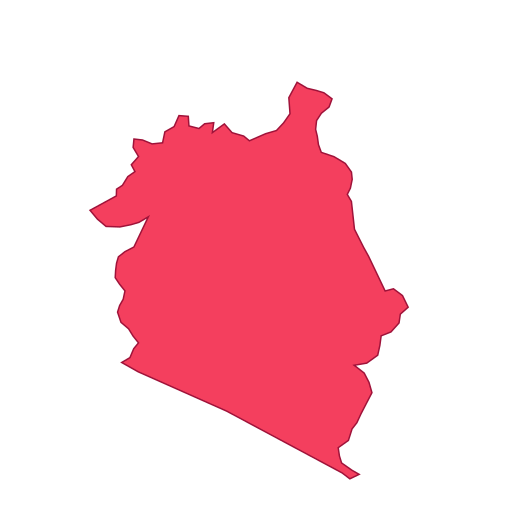 Sobradinho, Rio Grande do Sul, Brazil (Robinson projection), rotated 290°
{"feature_id": "56859067B99876923576431", "entity_name": "Sobradinho", "entity_type": "district", "adm_level": 2, "iso_a3": "BRA", "parent_name": "Brazil", "parent_adm1": "Rio Grande do Sul", "projection": "robinson", "projection_center": [-53.013, -29.404], "detail": "fine", "context": "isolated", "style": "filled", "palette": "rose", "viewbox_px": 512, "rotation_deg": 290, "n_neighbors": 0, "source": "geoboundaries", "source_scale": "gbopen_adm2", "svg_char_len": 1447}
<svg xmlns="http://www.w3.org/2000/svg" viewBox="0 0 512 512"><g transform="rotate(290 256 256)"><path d="M110.0,166.2L106.9,184.8L100.2,281.4L81.6,411.2L78.7,420.4L86.1,427.6L87.5,419.4L90.8,407.2L96.6,402.8L104.0,398.8L114.3,405.9L126.4,405.4L133.8,407.8L143.3,408.6L155.0,410.1L167.2,411.7L175.9,405.4L183.0,397.7L186.9,385.6L193.2,396.7L204.4,404.3L214.2,403.0L223.8,400.9L230.8,408.8L242.0,413.3L250.7,411.5L259.9,416.5L268.9,407.2L272.2,396.4L267.3,389.3L294.2,361.9L300.9,354.2L314.8,339.4L339.9,327.0L345.1,320.7L352.0,321.5L360.9,320.2L367.5,317.0L373.5,308.3L376.0,295.4L375.7,281.9L382.0,276.6L389.4,272.7L395.4,268.7L404.0,266.6L412.5,268.6L421.0,273.7L429.7,273.7L432.6,264.0L432.2,256.2L431.1,246.7L433.3,235.2L416.0,232.7L401.3,239.3L390.5,236.4L380.9,232.3L374.2,223.2L362.0,210.4L364.5,203.4L363.7,191.3L369.3,181.1L357.0,172.8L366.8,170.7L362.7,162.5L356.3,158.8L355.3,148.5L364.1,144.6L361.6,135.6L349.6,134.8L341.5,127.9L330.4,129.5L325.8,120.0L326.2,109.7L324.2,101.3L316.0,103.4L309.3,111.6L299.1,107.6L293.9,113.4L286.8,108.4L276.7,106.3L271.1,102.1L264.7,104.2L242.2,84.4L236.4,94.4L232.5,105.0L236.8,118.2L242.6,127.7L247.6,134.5L256.0,141.4L222.7,138.2L215.3,131.4L208.2,127.0L201.6,127.4L194.5,129.0L187.5,131.1L182.9,137.4L178.4,144.8L169.9,146.0L162.9,144.8L155.9,145.1L147.5,151.8L144.0,161.2L138.7,167.9L134.2,175.3L127.1,172.8L117.4,172.3L110.0,166.2Z" fill="#f43f5e" stroke="#9f1239" stroke-width="1.5"/></g></svg>